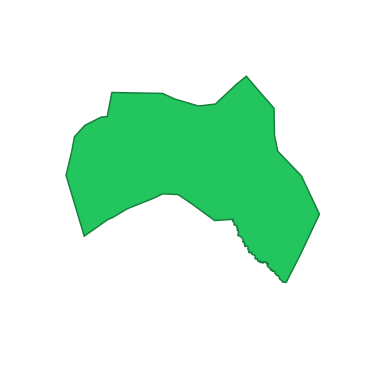 outline of Bayan-Ovoo, Hentiy, Mongolia, rotated 57°
{"feature_id": "93677404B57726852973522", "entity_name": "Bayan-Ovoo", "entity_type": "district", "adm_level": 2, "iso_a3": "MNG", "parent_name": "Mongolia", "parent_adm1": "Hentiy", "projection": "equal_earth", "projection_center": [112.511, 47.731], "detail": "fine", "context": "isolated", "style": "filled", "palette": "green", "viewbox_px": 384, "rotation_deg": 57, "n_neighbors": 0, "source": "geoboundaries", "source_scale": "gbopen_adm2", "svg_char_len": 4712}
<svg xmlns="http://www.w3.org/2000/svg" viewBox="0 0 384 384"><g transform="rotate(57 192 192)"><path d="M79.6,228.6L77.7,245.5L81.6,260.4L93.2,271.5L109.3,288.5L170.3,306.4L169.8,291.9L169.2,278.0L170.2,272.0L170.8,255.3L176.3,227.3L177.6,217.5L186.5,205.1L201.8,198.6L228.2,188.6L237.4,172.2L237.8,172.4L238.0,172.5L238.1,172.8L238.0,173.0L238.0,173.4L238.3,173.6L238.8,173.6L239.6,173.6L240.3,173.5L240.9,173.4L241.3,173.5L241.5,173.7L241.7,173.9L241.9,174.1L242.0,174.4L242.2,174.5L242.5,174.5L242.7,174.4L243.0,174.2L243.4,174.0L243.8,173.4L244.0,173.1L244.4,172.9L244.7,173.0L245.1,173.0L245.4,173.0L245.7,172.9L246.0,173.0L246.1,173.4L246.1,173.6L246.3,173.8L246.6,173.8L246.8,173.8L247.0,173.6L247.4,173.6L247.6,173.6L247.9,173.8L248.0,174.0L248.1,174.4L248.3,174.7L248.5,174.8L248.9,174.7L249.1,174.5L249.2,174.3L249.4,174.2L249.5,174.1L249.9,174.4L250.3,174.7L250.7,174.9L251.2,175.1L251.5,175.4L251.7,175.6L252.1,175.8L252.5,175.9L252.6,176.0L252.8,176.3L252.9,176.9L253.4,177.2L253.8,177.1L254.0,176.8L254.3,176.5L254.5,176.3L254.9,176.1L255.1,175.9L255.4,175.7L255.8,175.5L256.2,175.5L256.6,175.4L256.9,175.4L257.1,175.2L257.3,175.1L257.6,175.0L258.2,174.9L258.7,175.1L259.0,175.1L259.3,175.1L259.7,175.1L260.1,175.1L260.4,175.2L260.6,175.3L260.7,175.5L260.9,176.0L261.0,176.3L261.4,176.5L261.7,176.5L262.0,176.4L262.2,176.2L262.4,175.9L262.6,175.6L262.8,175.5L263.0,175.5L263.5,175.6L263.7,175.8L263.8,176.3L264.1,176.5L264.4,176.5L264.7,176.5L265.0,176.4L265.4,176.5L265.5,176.6L265.5,176.9L265.8,177.1L266.2,177.1L266.5,177.1L266.8,176.9L266.9,176.7L266.9,176.2L267.0,176.0L267.2,175.9L267.4,175.7L267.5,175.3L267.7,175.0L268.3,174.9L268.9,175.0L269.4,175.3L269.6,175.5L269.9,175.7L270.0,175.8L270.0,176.1L270.2,176.3L270.4,176.4L270.7,176.4L270.9,176.3L271.3,176.1L271.5,176.1L271.9,176.3L272.2,176.5L272.6,176.8L272.9,177.0L273.4,177.2L273.6,177.2L274.0,177.1L274.3,176.9L274.4,176.7L274.3,176.3L274.4,176.0L274.5,175.8L274.6,175.7L274.8,175.5L274.9,175.3L274.9,174.9L275.0,174.7L275.3,174.7L275.5,174.8L275.6,175.1L275.8,175.3L276.0,175.5L276.4,175.6L276.9,175.6L277.1,175.4L277.6,175.1L278.1,174.7L278.5,174.4L278.8,174.3L279.2,174.1L279.5,174.0L280.1,174.0L280.6,174.0L280.8,174.1L280.9,174.3L281.3,174.7L281.7,175.1L281.9,175.1L282.2,175.3L282.5,175.3L282.7,175.2L283.0,175.0L283.3,174.6L283.4,174.3L283.4,173.9L283.5,173.6L283.8,173.4L284.0,173.4L284.2,173.5L284.4,173.7L284.7,174.0L284.9,174.1L285.4,174.3L285.9,174.3L286.2,174.2L286.7,174.0L287.0,173.8L287.2,173.4L287.2,173.0L287.1,172.8L286.9,172.6L286.9,172.4L287.0,172.4L287.3,172.3L287.5,172.4L287.6,172.6L287.9,172.9L288.0,172.9L288.3,172.9L288.6,172.8L288.8,172.7L288.9,172.4L288.9,172.1L288.7,171.8L288.5,171.5L288.5,171.3L288.6,171.1L288.8,171.1L289.0,171.1L289.3,171.2L289.6,171.3L289.8,171.3L290.1,171.3L290.2,171.1L290.3,170.8L290.1,170.6L289.9,170.3L289.6,170.2L289.4,170.1L289.5,169.8L289.8,169.7L290.2,169.6L290.4,169.5L290.6,169.3L290.7,169.1L290.8,168.9L290.7,168.7L290.6,168.4L290.7,168.2L290.8,168.0L291.1,167.9L291.3,167.9L291.5,167.9L291.7,168.1L291.9,168.3L292.1,168.5L292.4,168.5L292.6,168.5L292.8,168.3L293.0,168.1L292.9,167.8L292.8,167.6L292.9,167.3L293.1,167.1L293.4,167.0L293.6,167.0L293.9,167.1L294.1,167.2L294.2,167.3L294.2,167.6L294.2,168.1L294.2,168.4L294.3,168.7L294.4,168.9L294.6,169.0L294.9,169.1L295.2,169.1L295.6,169.1L295.9,169.0L296.3,168.7L296.5,168.7L296.9,168.6L297.2,168.6L297.5,168.5L297.7,168.4L297.9,168.4L298.4,168.4L298.8,168.4L299.1,168.3L299.4,168.1L299.6,167.9L299.6,167.7L299.6,167.4L299.8,167.4L299.8,167.5L299.9,167.8L300.0,168.0L300.3,168.3L300.6,168.3L300.8,168.3L301.0,168.1L301.0,167.9L301.0,167.7L300.9,167.6L300.9,167.4L301.0,167.3L301.0,167.2L301.4,167.1L301.6,167.2L301.7,167.4L301.8,167.6L302.1,167.7L302.4,167.6L302.5,167.5L302.6,167.3L302.6,167.0L302.6,166.7L302.8,166.6L303.0,166.5L303.4,166.3L303.5,166.1L303.5,165.9L303.8,165.8L304.1,165.8L304.3,165.9L304.6,166.2L304.8,166.4L305.1,166.7L305.4,166.8L305.7,166.8L306.0,166.7L306.8,166.0L307.0,166.0L307.3,166.2L307.5,166.5L307.8,166.5L308.0,166.3L308.1,166.2L308.2,165.8L308.3,165.7L308.6,165.6L308.9,165.6L309.3,165.6L309.5,165.5L309.7,165.4L309.9,165.2L310.1,165.0L310.3,165.0L310.5,165.1L310.8,165.1L311.2,165.2L311.5,165.4L311.8,165.7L312.0,165.9L312.2,166.0L312.3,165.9L312.6,165.8L313.0,165.7L313.3,165.6L313.5,165.6L313.7,165.4L313.8,165.4L314.0,165.4L314.5,165.2L314.8,165.0L315.1,164.9L315.7,165.0L316.4,165.0L316.6,165.0L316.8,165.1L319.1,162.2L303.1,134.5L280.0,97.2L238.0,91.5L204.5,97.9L189.5,92.0L166.4,77.6L140.7,81.3L124.5,83.4L125.8,95.7L131.0,124.4L123.5,139.7L104.8,155.7L93.3,163.0L79.1,184.0L64.9,205.0L82.5,221.9L79.6,227.7L79.6,228.6Z" fill="#22c55e" stroke="#15803d" stroke-width="1.5"/></g></svg>